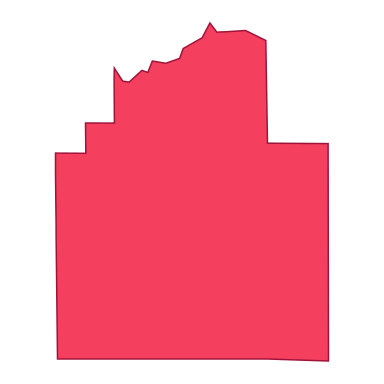 outline of Christian, Illinois, United States of America
{"feature_id": "52423323B8953724848659", "entity_name": "Christian", "entity_type": "district", "adm_level": 2, "iso_a3": "USA", "parent_name": "United States of America", "parent_adm1": "Illinois", "projection": "equal_earth", "projection_center": [-89.314, 39.586], "detail": "fine", "context": "isolated", "style": "filled", "palette": "rose", "viewbox_px": 384, "rotation_deg": 0, "n_neighbors": 0, "source": "geoboundaries", "source_scale": "gbopen_adm2", "svg_char_len": 480}
<svg xmlns="http://www.w3.org/2000/svg" viewBox="0 0 384 384"><path d="M225.4,31.8L216.8,32.1L209.9,23.0L202.1,37.8L183.2,48.5L179.6,58.4L165.7,63.3L152.4,61.0L147.8,72.4L141.9,70.4L129.1,82.1L122.7,81.1L114.3,68.1L114.1,78.2L114.4,123.1L85.5,123.0L85.8,153.3L55.5,153.1L55.5,173.4L56.1,224.9L56.1,235.1L57.5,359.0L267.2,359.0L328.5,361.0L328.1,143.9L328.1,143.6L267.5,143.2L267.1,120.4L265.8,40.5L245.5,30.5L225.4,31.8Z" fill="#f43f5e" stroke="#9f1239" stroke-width="1.5"/></svg>